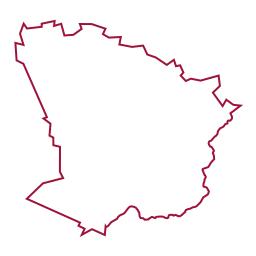 Monroe, Tennessee, United States of America
{"feature_id": "52423323B41310745386926", "entity_name": "Monroe", "entity_type": "district", "adm_level": 2, "iso_a3": "USA", "parent_name": "United States of America", "parent_adm1": "Tennessee", "projection": "robinson", "projection_center": [-84.153, 35.439], "detail": "fine", "context": "isolated", "style": "outline", "palette": "rose", "viewbox_px": 256, "rotation_deg": 0, "n_neighbors": 0, "source": "geoboundaries", "source_scale": "gbopen_adm2", "svg_char_len": 2250}
<svg xmlns="http://www.w3.org/2000/svg" viewBox="0 0 256 256"><path d="M104.8,235.0L105.6,226.3L105.9,226.8L106.5,226.9L108.3,225.9L108.6,225.3L111.3,222.1L117.1,218.8L118.1,216.9L120.0,215.3L123.8,213.6L124.8,212.7L128.1,208.3L129.6,206.9L131.2,206.3L134.0,206.8L135.8,207.7L138.2,210.6L138.2,211.3L139.2,212.4L139.6,216.1L140.2,217.5L140.6,218.0L143.3,218.3L144.7,219.7L148.5,219.4L149.1,218.6L151.7,217.0L152.3,217.0L155.2,218.1L155.5,217.9L156.1,217.0L157.5,216.7L162.1,216.5L163.4,216.9L164.7,217.5L165.9,218.0L167.0,218.2L167.6,218.0L168.2,217.7L168.4,216.7L168.9,215.4L169.1,215.2L170.6,214.8L172.8,214.9L172.9,215.2L173.2,215.5L173.6,215.6L175.5,214.9L177.5,215.7L177.8,216.0L179.7,216.3L181.7,215.1L185.3,211.8L185.3,211.0L186.0,210.0L188.4,209.0L190.0,208.8L192.6,207.4L195.7,206.7L196.9,205.9L200.7,202.0L203.3,197.3L205.9,195.7L206.4,195.4L208.1,194.0L208.9,191.4L206.9,187.8L206.1,187.3L203.7,186.6L203.4,186.2L203.5,183.9L204.6,180.4L204.6,179.9L204.7,178.9L205.4,178.1L205.8,176.8L205.1,175.3L204.6,175.1L202.5,169.8L202.7,169.1L203.5,168.7L207.6,167.3L208.1,167.1L209.3,165.6L209.7,164.7L211.3,162.2L214.2,159.1L213.9,155.8L213.3,154.0L212.8,153.2L213.0,152.4L213.9,150.8L213.9,150.5L211.7,147.1L211.2,146.7L210.1,146.5L209.9,146.1L208.8,144.1L208.7,142.6L209.2,141.5L210.3,140.9L211.4,140.5L212.6,139.0L215.0,136.4L216.2,135.7L217.1,134.4L217.4,134.0L217.8,131.9L218.4,130.5L219.9,128.5L223.5,126.6L225.4,124.0L227.4,123.5L227.4,121.8L228.0,120.7L228.6,120.5L229.9,120.8L230.4,120.5L231.9,118.7L232.0,117.1L232.0,116.7L230.4,113.3L240.6,105.6L233.3,104.8L226.3,99.7L222.6,106.1L212.9,92.6L219.9,85.9L218.6,75.6L200.6,80.6L190.9,78.7L185.8,81.0L180.7,75.5L183.4,72.5L180.1,65.3L176.0,66.2L173.9,59.8L166.8,64.9L155.9,57.5L147.3,54.5L144.8,49.1L143.1,45.6L132.1,46.9L119.4,44.5L120.8,37.0L108.9,37.6L102.9,34.1L105.5,28.7L91.8,24.1L79.9,24.0L81.6,28.9L73.4,34.8L64.4,35.5L61.2,23.8L54.1,25.9L54.6,21.0L41.7,23.7L41.7,26.8L27.0,28.5L23.7,23.7L20.0,33.7L23.5,44.9L15.4,42.9L16.6,60.4L23.4,63.8L46.9,117.2L43.5,118.5L50.5,123.7L49.5,135.6L53.3,137.6L53.4,145.2L60.0,146.8L59.9,171.7L63.1,178.1L43.0,183.3L26.8,198.8L80.0,222.6L78.5,225.8L84.6,228.7L81.8,234.8L92.0,229.2L104.8,235.0Z" fill="none" stroke="#9f1239" stroke-width="2"/></svg>